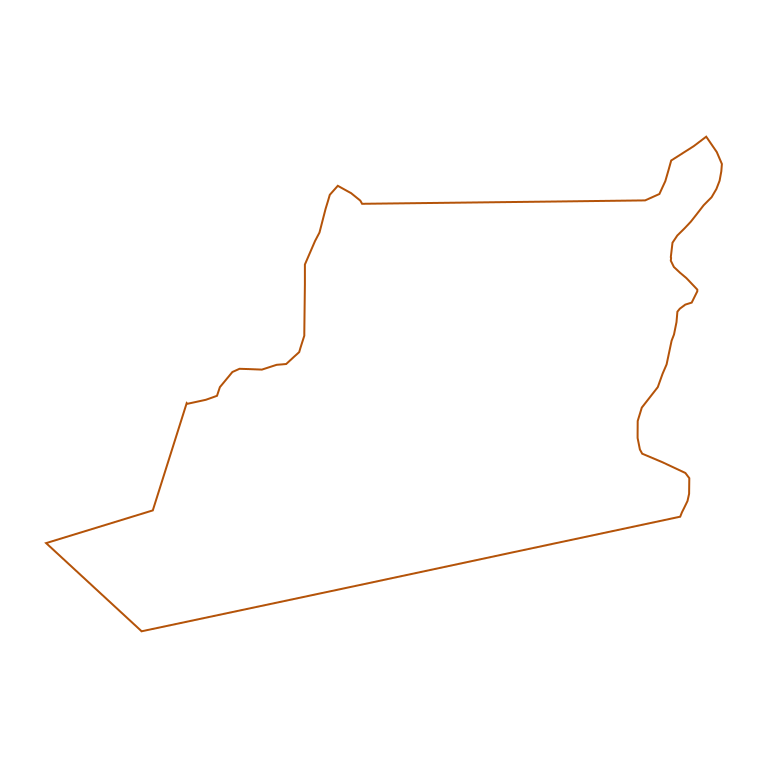 outline of Morne Tabac, Soufrière, Saint Lucia
{"feature_id": "8701671B46937841277831", "entity_name": "Morne Tabac", "entity_type": "district", "adm_level": 2, "iso_a3": "LCA", "parent_name": "Saint Lucia", "parent_adm1": "Soufrière", "projection": "equal_earth", "projection_center": [-61.03, 13.874], "detail": "fine", "context": "isolated", "style": "outline", "palette": "amber", "viewbox_px": 768, "rotation_deg": 0, "n_neighbors": 0, "source": "geoboundaries", "source_scale": "gbopen_adm2", "svg_char_len": 1338}
<svg xmlns="http://www.w3.org/2000/svg" viewBox="0 0 768 768"><path d="M706.2,136.7L693.8,146.1L671.2,160.5L668.6,169.8L665.3,181.2L662.6,187.0L659.4,194.0L645.1,200.4L556.7,201.5L362.1,203.8L360.3,200.6L351.9,193.8L351.2,193.2L347.7,191.3L337.8,185.8L332.2,192.1L329.8,194.8L327.8,201.6L325.6,208.8L319.5,232.5L315.2,240.7L315.0,241.1L304.9,264.5L304.9,284.1L304.3,333.0L304.3,335.7L300.4,348.0L299.2,352.1L294.0,356.8L286.2,364.0L281.9,364.4L276.7,364.8L273.9,365.7L261.9,369.6L249.1,369.1L239.5,368.8L232.4,372.0L221.5,385.2L219.9,387.1L217.0,395.8L212.9,397.3L205.8,399.8L187.4,403.8L187.1,403.5L186.7,403.1L167.9,462.6L152.8,510.4L46.1,543.1L141.1,630.8L141.5,631.3L319.8,593.5L349.5,587.2L512.5,552.4L678.7,517.0L680.2,516.7L681.9,512.4L684.3,507.6L687.5,501.0L689.1,493.8L689.3,478.2L685.4,473.0L662.6,462.3L642.2,453.7L639.9,449.5L637.6,438.0L637.6,434.5L637.7,421.0L641.8,407.6L649.0,398.4L657.8,387.1L662.6,373.7L666.6,364.4L671.6,340.7L674.0,334.5L676.5,322.1L677.4,311.7L679.8,308.7L685.3,304.6L691.7,302.6L697.3,291.3L697.3,289.6L686.4,278.1L680.1,272.8L673.9,267.0L670.8,260.7L671.1,257.9L670.8,257.2L672.5,242.7L677.3,235.5L684.5,228.4L690.8,221.7L696.4,214.6L703.6,205.3L711.6,197.2L716.4,189.0L719.6,180.7L721.3,171.4L721.9,164.0L716.8,152.1L707.4,138.4L706.2,136.7Z" fill="none" stroke="#b45309" stroke-width="2"/></svg>